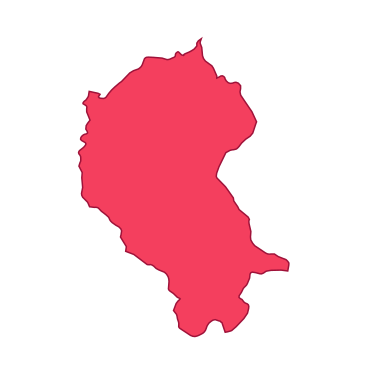 the State of Steiermark, rotated 239°
{"feature_id": "AUT-2323", "entity_name": "Steiermark", "entity_type": "State", "adm_level": 1, "iso_a3": "AUT", "parent_name": "Austria", "parent_adm1": "", "projection": "orthographic", "projection_center": [15.015, 47.22], "detail": "fine", "context": "isolated", "style": "filled", "palette": "rose", "viewbox_px": 384, "rotation_deg": 239, "n_neighbors": 0, "source": "natural_earth", "source_scale": "10m", "svg_char_len": 3784}
<svg xmlns="http://www.w3.org/2000/svg" viewBox="0 0 384 384"><g transform="rotate(239 192 192)"><path d="M319.6,252.4L315.1,253.6L314.5,254.0L313.4,255.1L313.5,255.5L314.0,255.8L314.1,256.9L313.4,261.9L313.4,262.4L313.3,264.7L313.4,267.5L314.7,271.4L317.1,272.8L318.3,275.3L318.6,278.9L316.5,276.4L315.3,275.6L313.2,275.2L310.9,274.8L303.4,271.2L300.4,270.6L297.3,270.9L293.2,272.6L290.0,274.0L287.1,274.1L278.7,273.0L276.9,271.9L276.6,274.3L276.6,276.4L276.0,277.8L275.4,278.2L274.9,278.6L273.4,279.0L271.8,278.6L269.5,278.6L267.1,279.3L265.5,280.6L264.4,282.8L264.4,283.1L264.1,284.6L263.7,285.6L263.4,286.2L261.4,287.8L258.1,288.4L255.6,286.9L255.1,286.5L253.1,284.7L249.9,283.6L243.8,283.9L229.8,284.7L226.3,284.3L219.0,283.5L218.9,283.5L218.0,282.3L211.2,274.4L209.9,270.6L209.6,265.3L208.4,259.7L206.8,255.8L206.2,253.7L206.0,252.3L206.2,251.4L206.8,249.5L207.5,248.0L208.1,246.1L208.3,241.3L199.8,228.2L195.5,222.9L193.9,221.6L192.8,220.8L191.1,220.6L179.1,223.4L165.7,224.4L162.8,223.2L155.7,223.6L152.7,223.3L141.6,227.2L139.7,227.1L138.7,226.9L138.5,226.4L137.4,225.5L135.5,224.6L127.8,222.1L123.4,219.0L120.7,217.7L116.8,217.6L113.6,218.1L101.7,223.7L100.0,224.9L99.1,226.0L98.6,226.8L98.1,227.9L96.4,230.7L92.3,232.6L85.5,237.8L83.6,238.3L81.6,238.5L80.6,238.1L79.1,237.0L75.0,233.4L79.2,228.1L84.1,219.5L85.3,216.5L85.9,214.7L85.7,211.5L86.0,209.5L86.9,208.1L90.1,205.0L92.3,202.4L92.5,200.7L91.7,199.4L88.5,197.0L85.0,192.3L84.2,190.9L83.7,189.2L83.4,187.8L82.9,186.3L80.5,182.6L78.8,179.0L77.4,178.0L75.8,178.5L74.1,179.5L71.1,179.8L69.3,180.5L67.8,181.7L66.3,182.2L64.7,181.8L62.8,180.4L59.5,177.1L56.8,171.2L53.8,160.4L52.8,154.7L53.0,153.5L53.8,150.6L54.7,148.2L64.7,150.4L65.7,149.8L67.0,149.5L67.4,148.9L70.1,146.6L70.6,146.2L70.9,145.4L71.4,143.8L71.3,141.6L70.9,139.0L69.9,136.8L69.1,135.5L67.8,134.0L66.6,132.4L65.8,130.7L65.4,129.0L65.4,127.5L65.6,124.4L65.9,122.4L66.6,120.1L67.9,118.4L69.8,116.9L81.3,111.4L82.5,111.1L83.5,111.3L86.0,112.9L87.5,113.5L90.7,114.2L93.5,115.3L95.1,115.7L99.9,115.1L104.6,121.0L105.8,124.0L106.0,125.2L106.5,126.8L107.1,126.7L109.3,125.2L114.6,123.8L118.6,122.0L120.1,121.7L121.1,121.9L127.1,126.2L129.4,127.3L131.6,127.9L134.7,127.9L137.4,127.1L142.2,123.5L144.9,121.9L148.3,121.0L150.2,120.0L151.3,118.9L151.7,117.8L152.9,116.2L168.4,110.0L175.3,104.6L179.0,107.6L190.1,107.5L190.7,107.9L191.7,109.0L195.0,111.7L197.2,112.0L199.9,111.3L202.6,109.7L206.9,107.8L209.0,107.3L210.6,107.2L212.4,107.5L213.5,107.5L216.8,106.5L222.2,104.4L226.4,103.5L227.5,102.8L228.5,101.6L229.1,100.4L232.1,96.6L236.5,97.2L237.2,97.2L243.8,95.6L245.9,95.8L247.6,96.5L252.2,100.6L261.0,104.9L265.2,107.9L272.4,108.4L274.6,110.8L275.9,112.6L277.5,113.6L279.5,114.7L280.7,114.9L281.8,114.9L282.7,114.7L284.1,115.0L284.8,115.7L285.4,116.8L286.0,121.4L286.4,123.2L287.3,125.3L288.3,126.0L289.4,125.9L293.0,123.9L294.4,123.6L295.2,124.1L295.8,124.7L296.5,126.0L296.6,126.5L296.8,127.4L296.9,128.4L296.8,129.6L296.3,131.1L296.2,131.8L296.4,132.9L297.1,133.2L298.0,133.4L300.6,133.4L303.4,135.5L304.7,138.0L306.1,141.6L314.9,143.0L317.5,144.5L318.6,145.4L319.4,145.7L320.2,145.8L321.2,145.4L323.7,144.1L324.3,144.3L324.6,144.7L325.0,145.5L325.3,146.6L325.4,147.8L325.5,148.5L326.2,150.2L327.4,152.5L331.2,155.7L325.0,162.3L323.1,163.5L322.7,162.8L322.3,161.7L321.7,160.8L320.4,161.0L319.3,162.1L317.7,164.4L317.4,165.7L317.5,167.1L319.5,171.7L320.8,175.6L321.8,180.0L322.8,186.0L323.0,188.5L326.1,200.0L326.1,204.3L325.1,209.3L325.2,210.9L325.7,213.1L326.7,214.9L330.7,219.9L331.0,221.2L330.9,222.3L330.1,224.0L327.3,228.2L322.2,235.3L318.3,238.8L317.6,240.3L317.2,241.8L317.1,243.4L316.7,246.1L316.8,247.1L317.3,247.8L318.7,248.9L319.1,249.6L319.3,250.0L319.5,251.7L319.5,252.4L319.6,252.4Z" fill="#f43f5e" stroke="#9f1239" stroke-width="1.5"/></g></svg>